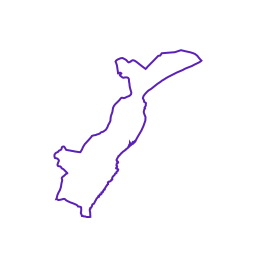 Aceh Selatan, Aceh, Indonesia, rotated 247°
{"feature_id": "22746128B12428400263117", "entity_name": "Aceh Selatan", "entity_type": "district", "adm_level": 2, "iso_a3": "IDN", "parent_name": "Indonesia", "parent_adm1": "Aceh", "projection": "albers", "projection_center": [97.405, 3.07], "detail": "fine", "context": "isolated", "style": "outline", "palette": "violet", "viewbox_px": 256, "rotation_deg": 247, "n_neighbors": 0, "source": "geoboundaries", "source_scale": "gbopen_adm2", "svg_char_len": 5645}
<svg xmlns="http://www.w3.org/2000/svg" viewBox="0 0 256 256"><g transform="rotate(247 128 128)"><path d="M61.1,57.9L60.9,58.6L65.1,60.2L65.3,60.2L65.9,60.4L66.5,60.4L67.3,60.7L68.2,61.1L68.4,61.4L68.2,61.7L68.4,62.0L68.5,62.0L68.8,61.8L69.1,62.0L69.4,63.2L69.8,64.0L70.3,64.4L71.0,64.9L71.5,65.3L71.7,66.2L71.6,67.0L72.0,67.4L72.6,68.3L73.1,68.7L74.4,70.5L74.8,70.9L75.5,71.8L75.6,72.3L76.0,73.2L76.4,73.6L76.4,73.8L76.0,74.0L76.0,74.4L76.1,74.5L76.3,74.5L76.6,74.2L76.9,74.2L77.1,74.4L77.1,75.1L77.2,75.8L77.8,76.1L77.9,76.5L77.5,77.2L77.6,77.5L77.8,78.0L78.5,78.4L79.0,78.4L79.0,78.6L78.8,79.0L78.9,79.4L78.8,79.6L78.9,79.9L79.4,80.3L79.6,80.3L79.8,80.6L80.1,80.8L80.2,81.1L80.1,81.4L80.2,81.5L80.4,81.5L80.5,81.6L80.9,82.1L80.8,82.4L80.9,82.7L80.8,82.8L81.5,83.3L82.0,83.9L82.7,85.0L83.0,85.3L83.4,86.0L83.4,86.3L83.8,86.6L83.9,87.0L84.0,87.3L84.3,87.4L84.8,87.2L84.4,87.4L84.3,87.7L85.0,87.9L85.0,88.1L85.2,88.3L85.6,88.2L86.1,88.8L86.1,89.6L85.9,90.2L86.0,91.5L86.7,92.2L86.6,93.1L87.0,93.6L87.7,93.6L88.6,94.3L89.2,95.1L90.1,97.4L91.0,98.3L91.1,98.7L91.0,99.4L91.1,99.8L92.0,100.2L92.3,100.7L92.3,101.5L92.7,101.9L93.0,102.3L93.4,102.5L93.7,102.8L94.0,102.7L94.3,102.2L95.2,102.0L95.3,101.9L95.4,101.4L95.7,101.3L96.2,101.9L96.3,102.6L97.0,103.1L97.3,103.1L97.7,102.8L98.2,102.8L98.6,103.0L99.3,103.7L99.9,103.9L99.9,104.0L99.7,104.3L99.7,104.7L100.0,105.3L100.2,105.5L101.1,105.5L101.3,105.4L101.9,104.9L102.4,105.0L103.0,104.9L104.1,106.1L104.9,107.1L105.7,108.4L105.8,108.4L105.8,108.7L106.0,109.0L106.2,109.7L106.6,110.2L106.9,111.1L107.4,111.9L107.6,112.9L108.1,113.9L108.6,116.4L109.0,117.2L108.9,117.5L109.2,117.9L109.6,119.6L110.4,121.8L110.6,122.1L110.8,122.0L110.9,121.6L111.0,121.5L111.3,121.9L112.2,122.7L112.5,123.8L113.4,123.9L113.6,124.0L112.5,124.1L112.0,124.4L112.0,124.0L112.2,123.5L112.0,123.1L111.7,122.9L111.4,122.9L111.3,123.2L111.3,123.3L111.6,123.4L111.9,123.7L111.5,123.7L111.1,123.4L110.9,123.0L110.7,122.7L111.9,126.3L112.7,126.2L113.2,126.9L113.3,127.3L113.2,127.4L112.6,127.4L112.3,127.3L112.3,127.5L112.5,127.9L112.9,128.6L113.1,129.1L113.4,129.3L113.5,129.5L113.4,129.8L113.4,130.1L115.9,133.2L120.4,139.3L123.7,142.9L127.1,146.0L128.1,146.9L131.2,148.4L133.4,148.4L136.0,148.6L136.7,148.8L138.3,149.9L139.1,150.8L139.3,151.3L139.8,151.3L140.1,151.1L140.3,151.2L140.5,151.5L141.6,153.1L142.8,153.6L143.2,153.9L143.3,154.0L144.0,154.2L144.5,154.1L145.3,153.3L145.8,153.1L146.3,153.2L147.3,153.5L147.6,153.5L149.0,153.3L149.5,153.3L149.9,153.5L151.3,154.8L151.3,154.6L152.9,157.5L153.9,159.8L154.5,161.5L155.0,164.7L157.1,172.2L157.9,176.4L158.3,177.6L158.5,179.4L159.0,182.4L159.3,184.7L160.0,194.8L160.0,200.8L160.2,202.9L160.3,204.4L160.1,211.0L160.4,214.0L160.6,218.7L160.9,220.8L161.3,221.9L162.1,221.6L164.4,220.8L167.4,220.0L168.6,219.4L170.2,218.4L171.1,217.5L173.2,215.1L176.4,210.6L178.9,207.2L179.5,200.6L181.6,194.4L183.6,188.3L183.6,188.2L182.1,186.0L182.6,184.0L182.5,183.8L179.8,177.4L177.3,171.3L176.6,169.6L176.1,168.8L175.5,167.3L178.7,165.4L185.6,161.6L187.0,160.7L188.0,159.7L188.5,159.0L188.5,157.2L188.1,156.5L188.1,155.9L188.1,154.4L188.2,154.2L188.5,154.0L189.2,153.6L190.6,153.2L192.1,152.4L193.7,151.0L194.3,150.6L194.7,150.0L195.0,148.7L195.1,148.0L195.1,145.6L194.9,144.0L194.6,143.3L194.0,142.5L192.6,142.5L190.1,142.3L183.1,140.5L182.2,140.2L182.1,140.4L182.3,140.8L182.3,141.1L182.0,142.4L181.0,143.2L180.8,143.2L180.6,142.8L180.2,141.5L180.0,141.2L179.7,141.2L179.2,141.3L176.9,142.5L176.3,143.1L175.9,143.7L175.8,144.9L175.4,145.9L175.0,146.8L173.9,147.8L173.3,147.9L172.2,147.8L170.8,147.2L168.2,146.6L165.6,145.8L163.4,145.4L159.9,145.0L159.1,144.8L158.3,144.3L157.9,144.0L157.2,142.6L157.0,141.4L157.1,138.7L157.0,138.2L157.0,136.7L157.2,135.7L158.1,134.5L158.3,134.1L158.3,133.6L158.2,133.1L157.0,130.9L155.6,127.5L155.2,126.3L154.5,124.8L153.8,123.7L152.7,122.4L152.2,122.0L151.4,121.5L150.4,120.8L149.0,120.0L147.8,118.9L145.6,116.9L143.3,115.5L142.2,115.0L141.3,114.4L140.1,113.1L138.5,111.0L136.9,109.5L135.4,107.5L135.0,106.8L134.4,104.2L134.3,103.5L134.5,102.2L134.5,101.2L134.4,100.8L134.1,100.4L133.9,99.8L134.0,98.3L134.0,97.9L134.2,96.8L134.1,95.9L134.7,93.0L134.8,91.7L134.1,90.7L132.5,87.4L130.0,81.9L128.0,79.1L126.3,77.4L124.4,74.8L124.4,74.5L126.6,70.8L130.3,65.2L131.9,62.7L132.4,62.4L133.3,62.4L135.6,62.0L135.9,61.8L136.3,61.1L136.3,60.2L136.1,59.6L135.0,58.9L134.7,58.6L134.2,57.8L134.1,56.8L134.1,55.8L134.0,55.4L133.3,54.1L133.3,52.1L133.0,51.2L132.7,50.7L132.3,50.1L131.6,49.6L130.5,49.2L129.0,49.0L128.9,49.1L128.4,49.8L127.9,50.5L127.3,51.1L126.0,51.6L125.2,51.7L124.7,51.5L123.5,50.2L123.0,49.8L121.9,48.8L121.6,48.7L120.8,48.6L120.3,48.8L120.1,49.0L119.1,50.6L118.8,50.8L118.5,51.0L116.9,51.2L116.7,51.3L115.8,52.1L115.0,52.6L111.0,54.2L110.1,54.5L110.0,54.4L110.0,53.5L109.8,52.6L109.0,50.5L108.6,48.9L108.2,47.9L108.0,47.7L107.4,47.3L105.7,47.1L103.1,45.2L99.5,42.9L97.3,40.9L95.8,38.9L93.7,36.7L91.5,35.1L90.5,34.1L90.1,35.0L88.9,35.7L88.3,38.0L87.9,41.0L87.7,41.5L87.5,41.8L87.0,42.2L85.8,42.7L85.1,43.2L84.0,44.1L82.0,45.9L80.3,47.8L77.7,50.3L76.5,51.1L76.0,51.2L75.3,51.3L74.9,52.1L73.9,53.5L73.4,53.8L72.7,53.7L72.0,53.3L71.1,53.1L69.3,52.1L68.7,51.6L67.8,51.3L66.8,51.4L65.0,51.2L64.8,51.6L64.7,52.1L64.4,52.2L64.0,52.6L63.7,53.1L63.5,53.8L62.9,54.4L62.2,55.3L61.9,56.0L61.5,56.7L61.2,57.8L61.1,57.9ZM113.1,127.3L113.1,126.9L112.6,126.4L112.2,126.4L112.0,126.6L112.2,127.2L113.0,127.4L113.1,127.3ZM113.0,129.7L113.1,129.3L112.8,128.9L112.3,127.9L112.1,127.8L112.7,129.4L112.9,129.7L113.0,129.7ZM111.4,122.4L111.0,122.2L110.8,122.3L111.0,122.6L111.2,122.4L111.4,122.5L111.4,122.4Z" fill="none" stroke="#5b21b6" stroke-width="2"/></g></svg>